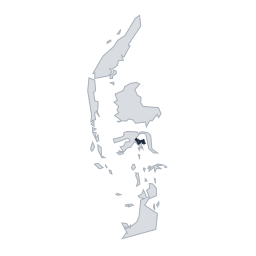 Tojo Una-Una, Sulawesi Tengah, Indonesia shown in context, rotated 74°
{"feature_id": "22746128B20933115656615", "entity_name": "Tojo Una-Una", "entity_type": "district", "adm_level": 2, "iso_a3": "IDN", "parent_name": "Indonesia", "parent_adm1": "Sulawesi Tengah", "projection": "natural_earth1", "projection_center": [121.803, -0.873], "detail": "fine", "context": "in_parent", "style": "filled", "palette": "slate", "viewbox_px": 256, "rotation_deg": 74, "n_neighbors": 0, "source": "geoboundaries", "source_scale": "gbopen_adm2", "svg_char_len": 6419}
<svg xmlns="http://www.w3.org/2000/svg" viewBox="0 0 256 256"><g transform="rotate(74 128 128)"><path d="M89.0,104.6L93.0,110.8L99.0,110.0L102.1,107.1L107.3,108.8L111.4,107.6L116.8,93.1L123.3,92.3L126.5,95.7L123.1,96.1L127.8,103.0L126.5,104.6L132.0,110.1L127.1,109.5L125.5,119.5L121.7,120.9L119.5,124.9L120.9,127.6L119.5,132.0L112.3,137.5L110.7,132.6L107.7,133.7L104.6,131.0L99.2,134.3L98.5,130.7L91.9,131.1L90.6,122.1L87.3,119.7L85.8,113.5L86.4,107.4L89.0,104.6ZM22.9,85.8L33.6,87.7L47.1,103.7L48.8,105.0L49.5,103.4L58.6,112.3L56.4,114.2L61.6,113.8L60.5,118.4L64.8,120.9L67.0,126.5L66.1,129.2L69.5,128.0L72.5,131.9L71.2,146.3L66.1,144.7L66.0,146.8L52.0,132.2L46.1,119.8L40.8,113.5L38.3,105.4L24.5,90.6L22.9,85.8ZM233.1,129.2L232.8,163.9L228.4,159.0L228.9,157.5L223.3,159.2L224.2,155.7L222.7,153.9L223.2,153.7L224.1,153.8L224.6,153.6L222.0,152.3L223.2,151.9L220.9,145.6L216.0,141.7L200.9,135.7L200.3,131.6L198.2,136.1L196.0,136.9L195.3,132.9L191.7,130.2L199.6,129.3L200.7,126.5L193.2,127.3L191.5,123.7L187.2,122.9L188.4,119.9L193.6,117.3L200.9,119.3L201.9,127.6L206.8,133.3L218.5,123.3L233.1,129.2ZM159.1,110.1L153.9,113.7L139.3,112.6L137.5,113.9L136.9,118.3L139.7,122.7L143.9,119.8L152.4,119.5L142.9,125.4L147.2,130.8L147.0,134.6L149.9,138.7L144.0,140.7L144.1,137.1L140.8,134.1L141.5,130.0L139.7,129.6L137.9,131.1L138.6,145.1L134.6,145.2L134.9,136.8L134.2,134.1L131.5,133.4L131.1,129.8L134.4,120.2L135.9,120.0L135.4,115.8L137.9,110.2L141.6,108.3L154.7,110.8L160.2,106.4L159.1,110.1ZM72.7,146.8L83.1,148.8L84.7,151.5L92.8,152.3L94.6,149.5L102.4,152.2L104.6,156.1L111.0,156.8L111.0,160.1L111.9,162.0L105.8,159.5L81.3,156.5L69.0,151.7L72.7,146.8ZM172.2,110.9L176.6,107.0L174.6,111.5L177.6,114.2L172.9,113.8L175.4,120.1L172.0,116.7L170.8,109.3L173.6,103.7L172.2,110.9ZM174.3,130.6L185.2,132.0L186.3,135.9L181.9,133.1L175.8,133.7L174.0,132.2L173.0,134.0L174.3,130.6ZM149.4,161.2L141.4,162.9L135.8,161.6L139.5,159.2L147.3,161.3L150.1,158.5L149.4,161.2ZM126.4,158.7L131.8,159.5L132.7,161.5L122.0,163.3L123.7,159.9L127.4,161.8L128.6,161.1L126.4,158.7ZM159.2,162.9L159.4,166.8L153.4,170.2L153.7,166.5L159.2,162.9ZM72.5,124.2L74.0,128.5L76.1,129.1L75.4,131.7L72.3,130.4L71.3,127.0L68.3,126.2L69.8,123.7L72.5,124.2ZM221.6,159.4L217.6,160.0L219.6,155.6L222.8,154.7L223.8,156.3L221.6,159.4ZM136.8,165.3L139.2,167.1L140.4,169.2L137.9,169.9L131.9,166.0L136.8,165.3ZM168.2,131.8L169.9,134.7L167.4,135.7L164.5,133.6L164.6,131.9L168.2,131.8ZM111.3,158.8L117.0,160.1L114.4,162.5L111.3,158.8ZM120.2,159.0L121.1,162.6L117.7,162.1L120.2,159.0ZM82.5,129.7L79.7,132.4L80.0,129.0L82.5,129.7ZM203.6,144.2L204.2,148.9L203.0,149.1L201.9,145.7L203.6,144.2ZM109.5,152.4L105.2,153.8L103.3,153.0L109.5,152.4ZM151.3,139.6L151.3,143.7L148.8,145.5L149.8,139.9L151.3,139.6ZM31.3,107.8L35.2,110.2L34.7,112.4L31.3,107.8ZM40.9,124.8L39.3,123.9L38.6,120.5L39.8,120.4L40.9,124.8ZM188.6,157.9L187.8,156.3L190.1,153.2L190.0,155.9L188.6,157.9ZM184.3,115.8L188.8,116.9L183.7,116.5L184.3,115.8ZM157.0,124.2L161.1,125.4L156.6,125.3L157.0,124.2ZM149.3,141.6L147.2,143.7L149.1,139.9L149.3,141.6ZM207.4,118.8L209.7,119.2L211.9,121.2L209.8,121.6L207.4,118.8ZM167.9,156.2L166.4,157.7L163.3,157.8L164.1,156.1L167.9,156.2ZM203.4,149.6L202.4,151.8L201.3,151.7L201.5,148.3L203.4,149.6ZM174.1,124.2L171.4,124.6L170.7,123.8L171.8,122.5L174.1,124.2ZM207.8,123.8L211.1,124.2L214.3,124.9L211.3,125.4L207.8,123.8ZM150.0,121.7L152.8,123.1L149.9,123.8L150.0,121.7ZM176.3,103.5L174.4,103.1L176.2,101.5L176.3,103.5ZM156.8,160.1L159.8,158.9L160.2,159.7L156.8,160.1ZM184.3,124.4L183.8,126.3L181.4,125.3L182.6,124.7L184.3,124.4ZM119.7,135.4L118.6,136.7L119.5,132.7L119.7,135.4ZM171.5,117.1L172.9,119.7L172.3,120.1L170.2,118.0L171.5,117.1Z" fill="#d9dde1" stroke="#a8b0b8" stroke-width="1"/><path d="M145.2,120.5L144.8,120.5L144.5,120.4L144.3,120.3L144.3,120.2L144.3,119.9L144.3,119.6L144.0,119.8L144.0,120.0L143.7,120.0L143.3,120.5L143.1,120.7L143.1,120.9L142.8,121.0L142.6,121.3L142.5,121.5L142.4,121.7L142.3,121.8L142.2,121.9L142.2,122.1L142.1,122.4L142.0,122.5L141.9,122.7L141.8,123.0L141.5,123.0L141.4,123.0L141.4,122.9L141.2,122.8L140.7,122.9L140.8,123.3L140.9,123.7L141.1,124.0L141.3,124.0L141.6,123.8L142.0,123.7L142.2,123.4L142.3,123.4L142.4,123.2L142.9,123.2L143.1,123.0L143.2,122.8L143.4,122.8L143.4,122.7L143.6,122.7L143.6,122.8L143.8,122.8L144.1,122.8L144.3,122.6L144.6,122.6L144.9,122.4L145.0,122.3L145.3,122.4L145.5,122.3L145.6,122.2L145.7,122.4L145.7,122.5L145.9,122.6L146.0,122.5L146.2,122.3L146.3,122.0L146.3,121.9L146.1,121.6L146.0,121.3L145.9,121.4L145.7,121.3L145.5,121.2L145.4,121.2L145.2,120.7L145.2,120.5ZM145.2,117.5L144.9,117.7L144.9,117.8L144.8,117.6L144.7,117.7L144.8,117.8L144.7,117.8L144.4,117.9L144.5,117.9L144.4,117.9L144.3,118.2L144.2,118.2L144.3,118.3L144.5,118.4L144.6,118.0L144.8,118.0L145.1,118.2L145.3,118.1L145.5,118.1L145.4,118.0L145.5,118.0L145.5,117.7L145.4,117.6L145.2,117.5ZM145.7,117.1L145.7,117.3L145.6,117.2L145.6,117.3L145.5,117.2L145.4,117.2L145.3,117.3L145.2,117.3L145.3,117.4L145.3,117.5L145.5,117.7L145.8,117.6L146.0,117.6L146.1,117.4L146.1,117.2L146.0,117.3L145.9,117.2L146.0,117.3L145.9,117.4L145.8,117.2L145.8,117.3L145.8,117.2L145.7,117.2L145.8,117.2L145.7,117.2L145.7,117.1ZM146.4,117.0L146.2,116.8L146.2,117.0L146.1,117.3L146.2,117.5L146.3,117.7L146.5,117.6L146.5,117.3L146.5,117.2L146.5,117.3L146.4,117.2L146.4,117.0ZM147.0,116.5L146.9,116.5L147.0,116.7L147.1,116.8L147.2,116.7L147.2,116.8L147.2,116.7L147.4,116.9L147.5,117.1L147.7,117.4L147.5,117.1L147.6,116.9L147.5,116.7L147.3,116.6L147.2,116.7L147.0,116.5ZM144.2,116.0L143.8,116.2L143.9,116.3L144.0,116.5L144.3,116.4L144.3,116.1L144.2,116.0ZM146.8,116.5L146.7,116.5L146.6,116.8L146.7,116.7L146.7,116.9L146.8,116.8L147.0,116.9L146.9,116.9L147.0,116.9L146.9,116.8L146.9,116.7L146.8,116.8L146.8,116.7L146.7,116.7L146.8,116.5L146.8,116.5ZM146.3,116.7L146.1,116.7L146.0,116.8L146.3,116.7L146.3,116.7ZM146.4,116.8L146.4,116.7L146.4,116.8L146.4,116.8ZM145.0,117.5L145.0,117.4L145.0,117.5ZM145.3,117.2L145.2,117.3L145.3,117.2ZM145.3,118.1L145.2,118.2L145.3,118.2L145.3,118.1ZM144.8,119.3L144.7,119.3L144.8,119.4L144.8,119.3ZM145.0,117.6L144.9,117.6L145.0,117.6ZM145.2,117.3L145.2,117.2L145.1,117.3L145.2,117.3ZM145.5,117.7L145.5,117.8L145.5,117.7ZM146.0,117.7L145.9,117.6L146.0,117.7L146.0,117.7ZM145.9,117.3L146.0,117.3L145.9,117.3ZM145.8,117.2L145.7,117.2L145.8,117.2ZM146.3,116.8L146.3,116.7L146.3,116.8L146.3,116.8Z" fill="#64748b" stroke="#1e293b" stroke-width="1.5"/></g></svg>